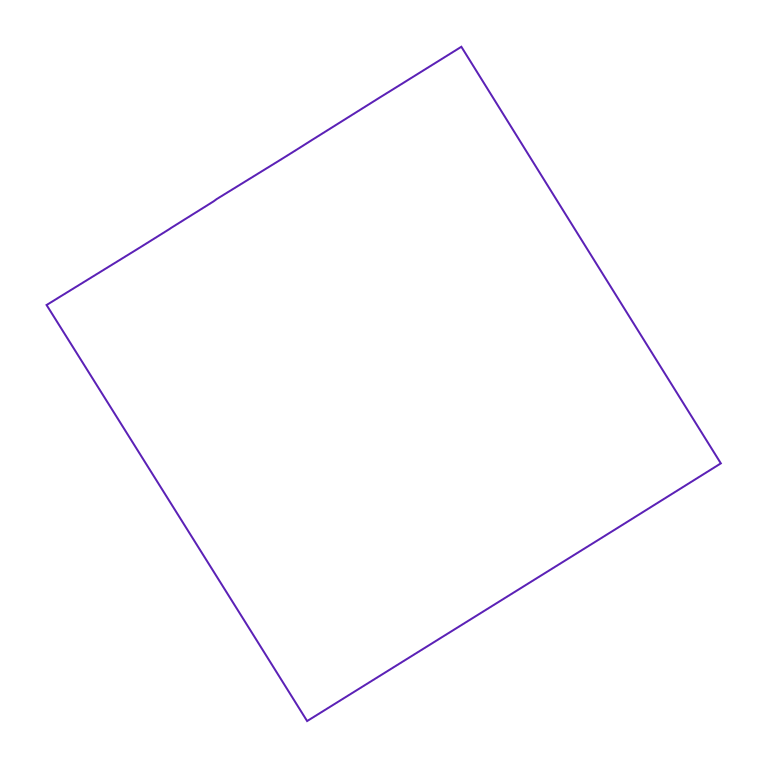 Washington, Kansas, United States of America (Mercator projection), rotated 328°
{"feature_id": "52423323B79876841962369", "entity_name": "Washington", "entity_type": "district", "adm_level": 2, "iso_a3": "USA", "parent_name": "United States of America", "parent_adm1": "Kansas", "projection": "mercator", "projection_center": [-97.1, 39.784], "detail": "fine", "context": "isolated", "style": "outline", "palette": "violet", "viewbox_px": 768, "rotation_deg": 328, "n_neighbors": 0, "source": "geoboundaries", "source_scale": "gbopen_adm2", "svg_char_len": 478}
<svg xmlns="http://www.w3.org/2000/svg" viewBox="0 0 768 768"><g transform="rotate(328 384 384)"><path d="M139.7,138.2L140.2,531.2L140.2,629.1L495.7,629.8L627.6,629.8L627.9,335.5L628.3,139.0L569.3,138.9L568.2,138.9L565.4,138.9L563.5,138.9L532.6,138.8L532.4,138.8L451.9,138.9L433.2,139.0L416.8,139.0L340.3,138.5L336.3,138.8L302.2,138.8L286.3,138.8L284.4,138.9L247.3,138.9L156.1,138.3L155.6,138.3L139.8,138.2L139.7,138.2Z" fill="none" stroke="#5b21b6" stroke-width="2"/></g></svg>